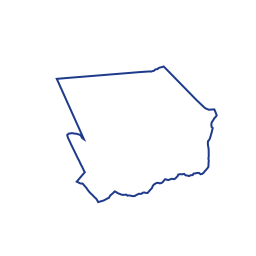 the district of Nova Soure, Bahia, Brazil, rotated 45°
{"feature_id": "56859067B28975289124766", "entity_name": "Nova Soure", "entity_type": "district", "adm_level": 2, "iso_a3": "BRA", "parent_name": "Brazil", "parent_adm1": "Bahia", "projection": "albers", "projection_center": [-38.498, -11.321], "detail": "fine", "context": "isolated", "style": "outline", "palette": "blue", "viewbox_px": 256, "rotation_deg": 45, "n_neighbors": 0, "source": "geoboundaries", "source_scale": "gbopen_adm2", "svg_char_len": 2166}
<svg xmlns="http://www.w3.org/2000/svg" viewBox="0 0 256 256"><g transform="rotate(45 128 128)"><path d="M109.7,59.3L109.0,60.9L107.8,62.7L107.2,64.0L107.2,65.4L105.9,67.3L105.9,69.1L105.0,70.6L104.5,71.7L103.3,72.7L96.9,80.0L80.0,99.9L75.9,104.7L72.9,108.3L71.5,109.9L51.0,134.0L42.9,143.6L104.7,167.1L102.8,167.5L101.0,167.0L99.5,166.7L98.2,167.1L96.9,167.9L95.7,168.4L94.6,169.4L93.1,170.5L91.8,171.4L91.2,172.6L90.0,173.9L90.0,176.0L91.5,176.8L93.0,177.6L94.7,178.1L99.5,179.9L110.8,183.8L112.5,184.4L114.0,185.0L116.4,185.6L118.4,186.4L120.1,187.0L121.6,187.5L122.9,187.8L124.4,188.4L126.1,189.0L127.5,189.5L128.7,189.8L129.7,202.2L131.3,201.6L132.8,201.2L134.1,200.5L135.1,199.4L141.1,199.8L143.1,200.2L145.0,200.5L147.0,200.6L148.6,200.6L150.3,200.5L151.9,200.6L153.7,200.6L155.3,200.5L156.6,200.7L157.8,201.0L159.3,201.5L162.0,196.6L163.9,190.6L163.4,189.4L163.2,188.1L163.3,186.6L163.5,184.6L163.4,182.3L165.4,181.5L166.8,181.4L168.4,180.6L170.4,179.8L171.8,178.8L173.0,177.4L174.0,176.3L175.5,176.2L176.3,175.0L177.7,174.0L179.6,172.8L180.9,171.3L181.2,169.7L181.7,168.3L182.1,166.9L183.1,166.1L184.1,164.9L184.1,163.5L185.0,162.2L186.7,161.1L187.8,160.0L187.6,158.0L187.5,156.0L187.4,153.5L186.5,151.5L186.3,150.0L186.6,148.4L187.0,146.8L188.1,145.4L189.6,144.7L190.6,143.2L190.8,141.3L190.6,139.6L190.5,137.9L192.2,137.0L193.3,136.3L194.1,134.6L194.9,132.9L196.7,131.7L197.2,130.1L197.1,128.2L197.1,126.9L196.5,125.5L197.5,123.8L199.1,122.4L200.1,120.8L202.2,120.7L203.8,119.5L205.2,118.8L205.7,117.1L207.0,115.6L206.6,113.8L207.8,112.4L208.8,110.7L210.0,109.5L212.0,109.4L213.0,107.8L213.1,105.9L212.8,103.9L212.8,102.3L212.6,100.4L212.4,98.9L211.6,97.8L209.8,95.9L208.0,93.8L206.5,92.8L205.5,91.4L204.2,90.0L202.7,88.6L201.0,86.9L199.3,85.4L197.1,83.9L195.7,82.8L194.8,81.8L193.9,80.8L193.9,79.2L193.2,77.3L192.5,75.9L191.6,74.4L190.7,72.7L189.7,71.0L188.9,69.7L187.9,68.1L186.3,68.1L184.6,66.8L183.2,64.8L182.7,62.2L182.2,60.5L182.1,58.3L181.9,56.5L180.7,55.8L179.3,55.2L177.7,54.5L175.9,53.8L175.0,54.8L173.7,56.2L172.3,57.9L170.4,58.7L168.9,59.3L167.5,59.5L156.9,59.8L114.5,59.3L109.7,59.3Z" fill="none" stroke="#1e3a8a" stroke-width="2"/></g></svg>